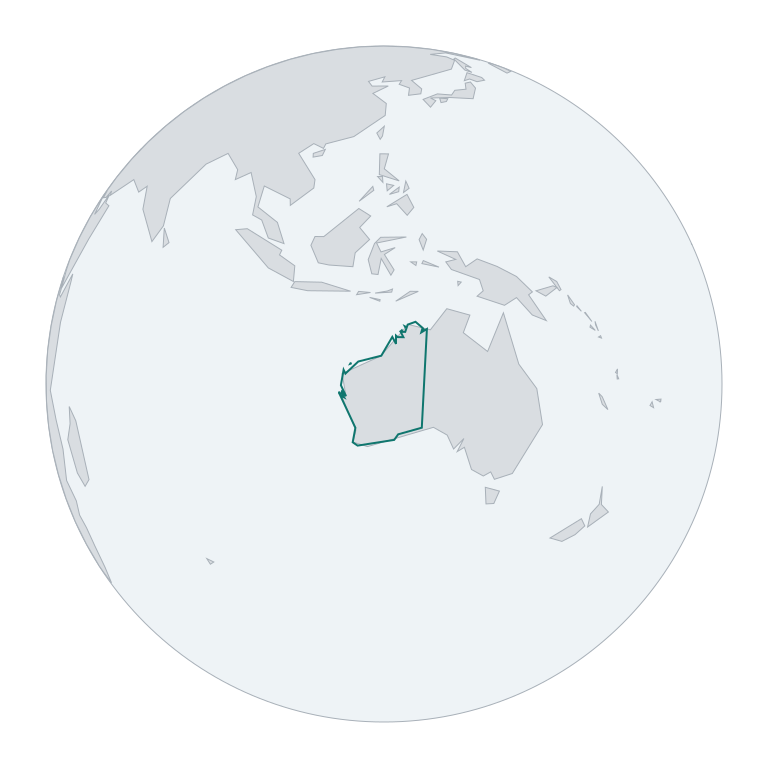 Western Australia on an orthographic globe
{"feature_id": "AUS-2651", "entity_name": "Western Australia", "entity_type": "State", "adm_level": 1, "iso_a3": "AUS", "parent_name": "Australia", "parent_adm1": "", "projection": "orthographic", "projection_center": [121.445, -24.431], "detail": "coarse", "context": "on_globe", "style": "outline", "palette": "teal", "viewbox_px": 768, "rotation_deg": 0, "n_neighbors": 0, "source": "natural_earth", "source_scale": "10m", "svg_char_len": 5946}
<svg xmlns="http://www.w3.org/2000/svg" viewBox="0 0 768 768"><circle cx="384" cy="384" r="338" fill="#eef3f6" stroke="#a8b0b8"/><path d="M661.0,399.1L660.7,401.6L660.3,401.8L661.0,399.1ZM691.9,244.8L691.2,243.2L691.3,243.4L691.9,244.8ZM498.9,66.2L499.7,66.5L504.5,68.3L510.8,71.4L507.0,73.1L488.8,63.5L489.8,63.1L498.9,66.2ZM477.1,59.1L476.1,59.0L479.9,60.2L445.6,52.9L430.2,54.4L446.6,56.9L454.6,60.3L451.4,69.1L411.6,80.4L421.7,88.9L420.8,93.8L408.5,95.3L409.5,88.0L399.2,84.3L401.6,80.6L382.2,82.0L384.9,76.8L368.5,81.4L372.1,86.1L388.3,86.0L372.9,93.4L386.3,103.5L385.2,115.4L353.8,136.6L325.8,143.9L323.5,148.4L313.8,143.6L298.7,153.3L315.0,179.6L313.8,188.0L290.3,205.4L290.2,198.9L264.3,186.0L257.9,206.9L277.4,222.4L284.0,243.6L268.3,238.0L261.7,220.0L252.6,214.9L256.3,196.6L251.1,172.5L235.3,179.6L237.7,169.7L228.1,153.4L206.1,164.1L170.3,198.5L163.4,225.9L151.9,241.6L142.9,209.2L147.2,186.2L138.7,192.1L133.8,179.6L110.3,195.3L111.6,191.0L106.1,197.4L103.4,197.8L107.2,190.8L103.4,195.8L94.6,214.4L99.2,209.3L109.5,194.5L105.7,203.0L108.9,205.8L88.8,238.9L61.5,288.2L66.6,269.2L69.9,259.4L79.4,237.7L90.4,216.7L102.8,196.5L116.7,177.3L131.8,159.1L148.2,142.0L165.7,126.1L184.3,111.4L203.9,98.1L224.4,86.2L245.6,75.7L267.5,66.8L290.0,59.4L313.0,53.6L336.3,49.5L359.9,46.9L383.5,46.1L407.2,46.9L430.8,49.3L454.1,53.4L477.1,59.1ZM63.4,277.1L61.0,289.9L59.5,294.7L60.4,296.9L72.8,273.9L71.1,281.1L60.5,322.3L50.3,390.3L56.1,419.9L63.0,449.1L66.6,480.5L76.3,500.8L79.6,515.1L86.5,527.7L94.9,546.0L105.0,567.2L111.5,582.8L104.0,572.7L99.2,565.9L86.5,544.2L75.4,521.8L66.1,498.5L58.5,474.6L52.6,450.3L48.6,425.5L46.5,400.6L46.2,375.5L47.7,350.5L51.2,325.7L56.4,301.2L63.4,277.1ZM132.3,158.6L135.3,155.4L141.6,148.5L132.3,158.6ZM149.4,140.8L149.6,140.6L149.4,140.8ZM206.8,558.6L213.8,562.0L210.4,564.2L206.8,558.6ZM75.8,420.8L89.0,479.6L85.1,486.3L77.4,473.0L67.8,439.7L70.1,423.7L69.2,406.5L75.8,420.8ZM369.6,297.4L380.1,299.6L379.8,301.2L369.6,297.4ZM358.6,291.4L370.5,292.5L356.6,294.7L358.6,291.4ZM375.1,293.1L387.3,291.0L392.5,289.0L391.7,292.1L375.1,293.1ZM350.6,291.2L307.7,290.7L291.1,287.4L294.8,281.6L321.7,282.2L350.6,291.2ZM293.4,281.5L268.3,267.9L235.7,229.7L247.3,228.7L281.8,250.2L279.5,254.9L294.8,265.8L293.4,281.5ZM355.2,252.8L352.9,266.7L329.0,265.0L318.3,262.8L310.9,245.3L315.0,236.5L323.8,236.6L358.8,208.5L370.7,216.0L359.7,227.5L369.6,239.5L355.2,252.8ZM164.3,228.0L169.0,242.6L163.1,247.3L164.3,228.0ZM373.8,190.3L359.1,201.3L372.8,186.4L373.8,190.3ZM382.5,176.6L382.9,182.4L377.6,176.5L382.5,176.6ZM322.3,155.5L313.1,157.1L313.3,153.4L325.3,149.4L322.3,155.5ZM384.3,126.2L382.5,136.0L380.2,139.3L376.8,133.0L384.3,126.2ZM581.4,518.7L584.8,525.9L575.1,534.6L561.9,541.4L550.0,538.0L581.4,518.7ZM486.0,503.9L485.3,487.3L499.4,491.1L493.8,503.5L486.0,503.9ZM590.5,513.9L599.2,504.3L602.3,486.4L601.4,504.5L608.4,512.0L587.6,527.0L590.5,513.9ZM433.4,427.3L367.5,446.6L352.8,442.0L355.9,430.3L341.2,395.2L346.0,396.0L342.1,373.6L380.7,356.0L408.2,324.5L430.4,329.8L446.8,308.7L469.9,315.1L463.3,332.7L487.6,351.5L503.4,312.8L518.8,364.1L536.8,388.6L542.5,424.6L512.3,473.5L494.4,479.3L490.7,471.9L483.3,476.0L471.5,469.5L464.4,447.3L457.2,451.6L463.9,438.5L453.6,449.0L447.2,435.1L433.4,427.3ZM598.7,393.1L602.2,396.7L607.9,409.6L602.3,404.3L598.7,393.1ZM652.1,401.8L653.6,407.7L650.0,405.5L652.1,401.8ZM660.3,401.8L656.0,399.5L661.0,399.1L660.3,401.8ZM616.9,374.5L618.7,378.8L617.2,379.0L616.9,374.5ZM615.5,372.5L617.5,368.9L617.3,373.7L615.5,372.5ZM598.5,337.0L600.6,335.7L601.5,338.1L598.5,337.0ZM395.7,301.2L410.2,291.3L418.3,291.4L395.7,301.2ZM595.3,330.4L590.0,327.2L590.5,325.1L595.3,330.4ZM595.6,324.9L595.0,321.3L598.4,330.9L595.6,324.9ZM585.3,312.4L591.9,321.5L584.6,312.7L585.3,312.4ZM581.4,311.3L576.7,306.6L577.0,305.8L581.4,311.3ZM528.6,294.8L546.3,320.6L532.3,315.0L516.5,297.6L504.5,305.3L477.1,296.2L483.2,290.8L479.5,279.5L451.4,269.5L445.8,261.9L455.7,259.4L437.3,251.0L457.4,251.8L465.7,266.7L477.1,258.9L497.0,266.4L516.5,276.5L532.4,291.9L528.6,294.8ZM457.7,281.3L461.2,282.1L458.1,285.6L457.7,281.3ZM567.6,294.9L574.5,304.7L573.7,306.1L570.4,303.5L567.6,294.9ZM536.0,290.8L553.0,285.8L557.0,287.5L545.8,296.1L536.0,290.8ZM548.8,276.9L556.7,281.5L561.0,289.6L559.4,290.7L548.8,276.9ZM416.7,261.9L415.9,265.5L410.7,261.9L416.7,261.9ZM423.3,260.6L439.0,267.1L421.9,263.6L423.3,260.6ZM376.6,243.0L381.0,251.9L395.2,247.6L384.4,254.5L394.1,269.9L390.9,275.2L381.2,258.5L378.0,274.5L371.8,273.8L368.2,259.6L374.5,243.5L380.7,237.3L406.4,237.0L376.6,243.0ZM423.2,250.0L419.1,239.6L422.2,233.6L426.6,239.3L423.2,250.0ZM407.2,215.3L396.7,203.7L386.8,206.8L407.0,194.4L413.8,207.4L407.2,215.3ZM398.7,191.7L389.4,194.4L399.2,187.1L398.7,191.7ZM387.2,190.8L386.5,183.8L393.7,185.4L387.2,190.8ZM403.5,192.5L405.8,181.1L409.1,188.3L403.5,192.5ZM384.3,168.8L399.2,180.9L379.3,174.6L379.9,153.8L388.5,153.9L384.3,168.8ZM441.0,102.6L439.7,98.2L447.8,98.7L446.4,101.5L441.0,102.6ZM473.1,98.7L449.6,97.5L430.5,98.0L435.8,100.7L430.5,107.2L423.1,99.4L437.4,93.9L451.6,95.0L454.8,90.3L466.0,89.2L465.2,83.2L470.4,82.0L475.5,88.1L473.1,98.7ZM464.3,80.7L467.0,72.7L481.7,77.5L484.5,80.2L477.0,81.7L469.6,79.0L464.3,80.7ZM471.9,72.4L464.9,70.1L453.9,59.0L455.2,58.0L471.4,67.6L465.6,66.1L465.7,68.4L471.9,72.4Z" fill="#d9dde1" stroke="#a8b0b8" stroke-width="1"/><path d="M421.8,427.7L398.2,434.3L394.2,439.9L357.6,445.6L352.7,442.3L355.4,427.8L340.3,395.5L344.1,397.4L341.5,392.9L341.9,391.6L346.0,396.1L340.9,385.2L343.6,369.8L345.4,373.6L358.3,361.5L381.3,355.7L392.3,336.9L396.0,343.9L396.0,335.6L397.7,337.1L403.4,337.2L400.7,331.9L405.2,331.9L407.7,324.6L415.5,321.8L422.6,327.9L421.3,332.4L426.9,329.0L421.8,427.7ZM339.0,391.6L340.5,395.4L339.1,393.3L339.0,391.6ZM350.9,362.6L350.8,363.6L350.2,363.8L350.9,362.6ZM401.8,330.3L402.2,331.1L401.1,330.9L401.8,330.3ZM404.8,326.3L405.4,326.6L405.1,326.9L404.8,326.3ZM423.5,329.0L423.7,329.9L423.3,328.9L423.5,329.0Z" fill="none" stroke="#0f766e" stroke-width="2"/></svg>